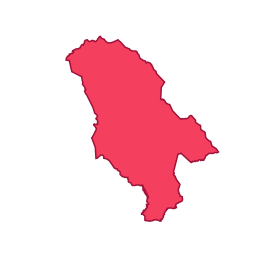 Yoro, Yoro, Honduras (orthographic projection), rotated 212°
{"feature_id": "27666195B27527118551469", "entity_name": "Yoro", "entity_type": "district", "adm_level": 2, "iso_a3": "HND", "parent_name": "Honduras", "parent_adm1": "Yoro", "projection": "orthographic", "projection_center": [-87.286, 15.28], "detail": "fine", "context": "isolated", "style": "filled", "palette": "rose", "viewbox_px": 256, "rotation_deg": 212, "n_neighbors": 0, "source": "geoboundaries", "source_scale": "gbopen_adm2", "svg_char_len": 5630}
<svg xmlns="http://www.w3.org/2000/svg" viewBox="0 0 256 256"><g transform="rotate(212 128 128)"><path d="M109.5,84.3L108.0,84.1L107.1,83.7L106.3,84.3L104.9,84.3L101.9,85.9L101.0,84.5L100.0,84.2L99.6,83.0L99.3,82.7L98.4,82.5L96.4,83.0L94.7,81.8L93.8,81.6L91.9,82.8L89.5,85.1L87.4,85.5L86.8,85.9L86.6,86.3L85.9,86.3L85.7,86.6L85.8,86.9L85.1,86.6L84.8,86.9L84.7,86.7L85.0,86.3L84.4,86.0L83.8,86.4L83.6,86.1L83.7,85.8L83.1,85.1L83.4,84.9L83.2,84.4L82.3,84.9L82.2,84.8L82.0,85.0L81.8,85.0L81.8,84.4L82.2,84.0L82.3,83.6L82.2,83.2L81.7,83.0L81.2,83.0L80.7,83.5L80.3,83.6L80.2,84.1L80.0,83.8L80.2,83.2L80.1,82.9L79.5,83.4L79.0,83.3L79.3,82.7L80.0,82.5L79.9,82.1L79.0,81.9L78.8,81.6L78.3,81.4L78.0,81.8L78.2,82.2L77.6,82.0L77.2,82.3L77.1,81.9L77.2,81.0L76.7,81.1L76.4,80.7L76.1,80.9L76.0,81.4L75.5,81.3L75.0,80.6L75.3,80.0L75.0,79.5L74.6,79.6L74.4,80.3L74.0,80.1L74.1,79.4L74.2,79.2L74.1,78.8L74.3,78.0L73.6,77.3L73.3,75.8L72.7,75.4L71.3,75.1L70.2,74.5L70.2,74.3L70.6,74.2L70.7,73.7L71.9,73.0L71.6,72.6L70.6,72.2L70.7,71.5L69.8,71.5L69.6,71.1L69.6,70.6L70.1,69.6L70.2,68.8L69.6,67.8L71.0,66.8L70.9,66.5L70.2,66.0L70.9,65.9L71.1,65.7L70.4,64.7L71.0,64.2L71.1,62.3L70.7,62.0L69.3,62.9L68.0,62.4L67.5,62.4L66.5,61.7L65.7,60.1L65.1,59.4L64.9,58.8L64.5,58.7L64.0,58.8L64.1,59.1L64.0,59.3L63.0,59.3L61.8,60.0L60.8,60.1L60.3,60.8L59.8,60.8L59.1,61.6L58.4,62.1L58.0,62.7L57.4,63.2L57.3,63.9L56.5,64.3L56.0,65.1L55.1,65.0L54.6,65.4L54.1,65.7L52.7,65.9L52.0,65.8L51.7,66.2L50.8,66.4L50.8,67.0L51.6,67.4L51.7,67.7L51.5,68.2L51.1,68.2L50.8,68.4L50.7,69.3L50.9,69.7L50.8,70.7L51.0,71.8L51.6,72.3L51.4,73.0L51.7,73.8L51.4,74.2L51.9,74.5L52.1,75.6L52.0,76.9L52.3,77.5L51.9,78.0L51.8,78.7L52.1,79.3L51.6,80.0L52.0,80.4L52.1,80.8L48.9,83.2L48.2,83.1L47.6,83.4L47.3,83.8L46.7,83.8L46.3,84.3L45.9,85.0L45.6,84.8L45.3,85.4L45.5,85.7L44.8,86.2L45.3,86.7L46.3,86.4L46.2,87.4L47.0,88.4L47.0,88.7L46.5,89.5L46.4,90.4L45.5,91.1L45.5,91.7L43.9,93.9L43.5,95.0L43.7,96.0L44.4,97.1L45.3,97.8L45.5,98.4L46.4,98.5L47.5,97.8L49.7,99.7L50.1,99.5L50.4,99.7L50.7,100.3L52.5,101.9L54.0,107.6L54.3,107.9L54.9,107.9L55.6,108.4L56.4,108.5L56.9,108.9L57.8,109.1L58.3,109.3L58.5,109.6L60.0,110.0L60.4,110.6L60.8,110.7L62.0,111.8L62.6,112.1L63.0,111.9L63.4,112.2L64.0,112.1L64.7,112.7L65.0,113.7L64.7,113.9L65.2,114.4L66.1,114.8L71.6,131.7L71.5,132.1L71.8,132.4L70.8,133.3L70.1,133.7L69.8,134.7L56.3,132.2L56.0,132.4L56.0,133.0L55.6,133.1L55.5,134.0L54.6,134.2L53.4,135.9L52.9,135.6L52.8,136.1L51.4,136.9L51.0,137.4L51.3,138.1L51.2,138.3L50.1,139.2L49.2,139.0L48.9,139.8L48.5,139.7L48.4,140.1L48.0,140.0L47.2,140.6L46.7,140.7L46.7,141.0L47.1,141.3L46.9,141.7L46.7,143.2L47.1,145.0L47.4,145.7L47.2,146.5L46.8,146.6L46.6,146.9L46.4,147.8L45.8,149.5L42.4,151.5L41.1,153.5L39.3,154.2L38.6,155.6L42.2,157.2L47.2,157.2L50.9,160.4L52.5,160.0L56.3,160.8L57.3,161.4L60.3,165.1L60.9,165.2L65.4,165.2L67.9,168.6L68.7,168.6L69.6,168.3L70.4,168.3L71.3,168.6L73.5,168.5L74.4,169.4L74.8,170.4L79.7,171.7L80.4,172.2L81.6,171.7L81.9,171.2L82.2,170.2L82.2,168.5L83.3,166.9L84.1,166.6L85.5,165.3L86.5,164.7L87.3,164.6L87.7,163.9L88.1,163.6L88.6,163.5L99.3,166.2L105.1,170.0L106.1,169.5L107.8,169.4L108.0,169.2L108.6,169.2L108.9,169.5L109.8,169.5L110.9,170.5L112.2,170.9L112.5,170.6L113.2,170.8L113.2,170.6L113.6,170.6L113.7,170.4L114.0,170.5L114.0,170.2L114.3,170.3L114.6,169.9L114.9,170.1L115.5,169.6L121.3,180.1L121.3,186.3L133.0,189.3L133.3,189.5L133.5,190.1L134.0,190.6L134.8,191.0L135.6,191.0L137.8,191.5L139.4,193.0L140.3,193.2L141.6,194.3L142.3,194.2L142.9,194.6L143.8,194.8L146.2,194.3L146.5,194.0L146.7,193.1L147.0,192.9L148.9,194.0L151.1,193.3L152.6,193.6L153.7,193.3L155.1,193.7L157.7,195.9L158.8,196.2L159.5,196.2L160.0,196.6L160.3,197.2L161.6,197.5L162.2,197.4L165.0,195.7L167.3,195.3L169.1,195.9L169.9,195.5L172.1,195.3L173.3,194.9L174.3,195.4L180.2,197.0L181.0,197.0L183.2,197.5L186.1,193.0L187.7,191.2L189.0,190.2L190.2,189.6L191.3,189.5L193.0,189.7L195.3,190.7L197.4,190.1L198.6,190.2L199.9,191.1L200.6,190.3L200.7,189.2L200.6,188.6L200.9,187.8L200.6,186.4L201.3,184.3L201.7,183.7L203.2,184.0L203.8,183.5L204.3,183.6L205.2,182.8L205.4,182.1L206.9,180.7L207.6,180.7L208.3,181.0L209.4,181.2L209.7,180.7L210.7,179.7L210.8,178.5L210.2,177.5L210.2,176.8L209.9,174.7L211.0,174.6L211.3,173.8L211.4,173.1L211.2,172.5L211.3,171.9L211.1,170.5L211.7,169.9L211.7,169.3L212.0,168.9L214.0,167.5L214.2,166.5L215.0,166.0L215.2,165.0L215.9,164.3L215.9,163.8L215.7,163.5L214.6,163.8L214.3,163.3L214.7,161.7L215.4,161.6L216.1,160.5L216.0,159.9L216.9,159.6L216.9,159.2L216.5,159.0L216.3,158.4L216.7,157.4L217.4,156.8L217.1,155.2L217.3,154.5L216.4,152.8L216.2,153.0L214.4,153.6L213.6,154.2L205.5,146.0L194.2,147.0L193.8,146.0L193.3,145.5L192.6,144.9L191.8,143.9L190.4,142.7L190.0,141.4L189.7,140.9L188.6,140.6L187.8,140.1L186.5,139.9L185.5,138.8L184.1,138.3L184.1,138.1L184.6,137.5L184.2,136.5L184.3,136.1L183.4,135.7L182.0,134.6L180.9,134.4L168.8,127.0L163.9,122.9L163.2,122.8L162.7,123.0L162.1,122.6L160.5,122.2L159.8,120.7L160.1,119.9L160.0,119.6L160.2,119.0L159.5,118.6L159.2,118.7L158.4,118.6L157.7,117.9L157.2,117.7L157.1,116.9L156.5,116.4L156.4,115.9L155.9,115.6L156.1,115.3L155.8,115.1L155.9,114.7L156.5,114.5L157.3,114.0L157.8,113.4L158.4,113.6L158.8,113.5L158.9,112.6L158.3,112.2L157.9,112.2L157.6,112.0L156.0,111.6L154.2,110.4L153.4,102.9L153.5,102.6L153.4,101.4L153.6,100.5L145.4,94.2L139.0,85.2L138.1,86.1L137.3,89.1L136.5,90.8L135.6,91.3L135.1,91.4L134.0,91.2L133.3,90.8L132.5,89.5L129.9,90.5L126.5,90.4L118.8,87.0L117.7,86.8L117.0,86.8L115.4,87.7L114.8,86.8L114.5,86.6L113.0,86.8L111.4,86.5L110.7,85.6L110.2,84.5L109.5,84.3Z" fill="#f43f5e" stroke="#9f1239" stroke-width="1.5"/></g></svg>